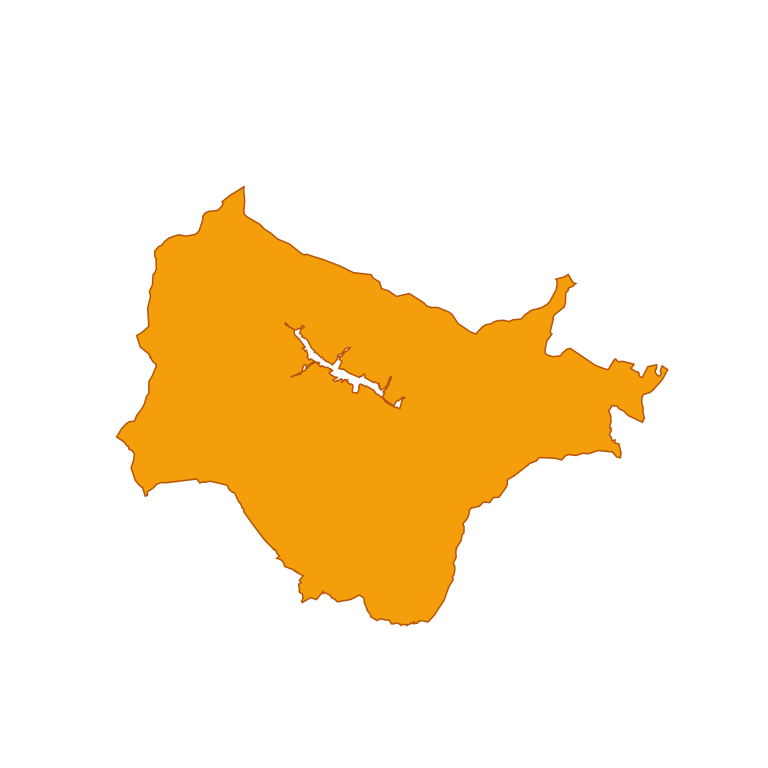 Sandominic, Harghita, Romania, rotated 337°
{"feature_id": "2599482B98867301333239", "entity_name": "Sandominic", "entity_type": "district", "adm_level": 2, "iso_a3": "ROU", "parent_name": "Romania", "parent_adm1": "Harghita", "projection": "robinson", "projection_center": [25.816, 46.646], "detail": "fine", "context": "isolated", "style": "filled", "palette": "amber", "viewbox_px": 768, "rotation_deg": 337, "n_neighbors": 0, "source": "geoboundaries", "source_scale": "gbopen_adm2", "svg_char_len": 6172}
<svg xmlns="http://www.w3.org/2000/svg" viewBox="0 0 768 768"><g transform="rotate(337 384 384)"><path d="M641.6,488.9L650.8,481.7L647.0,476.0L643.4,480.1L643.8,481.4L643.2,482.8L641.0,484.4L639.2,483.4L638.2,479.8L639.5,476.6L640.4,476.9L642.6,473.0L641.9,472.7L633.7,471.1L624.6,478.7L622.8,478.1L622.4,476.6L622.9,472.5L620.7,471.1L617.4,466.1L621.8,463.7L621.5,463.1L612.2,456.2L608.2,455.0L606.9,451.4L604.9,451.9L596.2,458.3L593.9,457.1L585.7,449.2L569.4,424.0L566.0,423.4L560.1,425.3L557.6,427.1L550.3,424.9L546.3,421.8L544.5,419.2L545.3,415.9L550.7,408.0L558.1,403.7L557.1,401.2L565.3,390.3L565.2,389.1L567.9,386.9L580.0,383.5L583.0,379.6L586.8,371.4L590.6,369.5L590.8,367.9L596.5,367.7L599.8,366.4L597.7,364.7L596.3,355.1L591.6,355.8L583.1,354.7L583.6,356.1L583.1,358.3L579.5,364.3L568.8,373.0L565.0,374.5L558.3,375.3L548.6,373.7L541.3,375.3L535.6,377.8L527.8,375.3L523.6,375.4L518.8,372.0L515.0,370.6L510.1,369.7L505.9,370.4L500.7,369.2L496.2,370.1L488.1,373.9L483.8,369.7L475.7,357.2L473.9,346.8L472.0,343.2L463.2,334.4L457.6,332.1L454.9,329.9L453.6,328.4L452.4,324.9L442.6,310.6L429.7,308.3L424.6,300.0L419.0,295.3L419.8,288.4L415.5,282.6L414.9,278.3L399.4,269.6L389.5,258.1L376.8,245.9L362.9,234.0L361.6,234.2L359.4,232.5L351.4,217.8L342.8,209.2L338.8,201.0L334.7,195.1L331.9,188.2L323.3,176.8L322.0,173.7L321.9,171.5L327.5,160.6L330.3,151.3L332.2,147.7L316.1,150.2L306.3,152.9L306.5,154.1L305.2,156.5L299.8,158.8L297.6,159.1L290.8,156.7L286.2,156.8L282.6,158.9L281.9,161.3L273.7,170.8L270.6,172.1L268.3,172.5L259.3,170.5L254.2,166.9L251.0,166.1L243.1,165.6L237.5,167.2L234.1,169.3L230.2,169.4L224.7,172.3L222.9,177.1L223.1,179.7L219.3,189.2L216.2,192.3L214.3,193.0L209.4,202.5L204.2,207.1L203.4,212.0L196.2,221.7L190.0,239.1L180.0,242.3L175.2,242.7L174.1,254.7L179.4,264.7L179.0,268.5L179.9,268.5L179.5,270.0L180.2,273.5L181.6,276.2L181.5,278.5L173.7,286.1L168.6,289.8L163.6,301.2L160.6,302.5L156.1,308.3L152.2,311.6L143.8,316.5L139.9,320.7L134.8,319.2L131.9,319.7L125.3,322.4L117.2,328.3L122.1,335.8L123.3,340.6L124.3,341.5L123.7,344.1L126.0,346.8L127.0,350.7L123.9,356.1L118.5,362.3L117.4,375.6L119.1,381.1L120.6,384.3L121.3,384.5L120.4,394.0L122.8,394.0L124.1,390.7L130.9,389.6L135.8,387.5L140.1,387.6L145.0,389.8L174.5,398.3L175.9,403.2L179.4,403.3L180.2,404.3L186.3,405.7L200.1,415.9L200.2,420.6L202.1,424.2L204.0,426.0L204.2,435.4L205.2,438.3L205.1,443.2L205.9,443.7L206.0,445.2L205.0,446.7L208.6,462.9L213.1,480.9L217.3,491.5L218.3,492.3L217.6,492.8L217.9,493.8L219.4,494.6L219.2,497.8L220.5,501.4L217.2,502.6L219.6,504.5L221.6,507.8L221.3,513.2L229.0,520.5L228.4,521.2L230.5,522.8L230.0,523.3L234.6,528.9L229.3,531.8L230.2,534.3L227.6,534.8L226.8,536.0L226.0,540.0L224.6,542.2L226.8,545.6L226.7,546.7L224.9,550.5L223.3,551.8L223.3,553.2L233.1,552.0L237.6,556.1L246.6,551.2L246.2,553.1L247.6,552.6L251.6,557.0L252.4,560.7L254.0,561.9L256.1,566.4L269.3,569.4L278.9,568.6L281.9,573.5L280.3,577.9L280.6,584.0L280.0,585.3L281.3,590.5L281.0,593.3L285.1,598.9L289.4,598.9L293.6,602.1L295.2,602.4L296.9,604.5L297.0,607.6L299.4,608.7L302.2,608.7L304.4,610.8L305.3,612.9L307.0,612.0L307.6,613.1L310.9,614.3L310.6,615.2L318.6,614.8L317.4,616.1L321.5,617.3L322.8,615.8L324.5,616.6L325.8,616.2L331.6,620.3L340.4,616.2L354.9,606.4L364.7,595.8L371.1,591.3L371.5,588.7L374.0,586.6L376.6,582.7L377.8,579.8L377.8,575.9L382.7,571.8L384.7,566.1L386.8,563.2L393.9,558.1L396.9,553.4L399.6,551.9L402.0,546.4L402.1,543.5L407.4,540.8L411.1,537.5L413.1,533.8L415.7,532.3L424.0,533.8L429.3,531.5L434.8,534.4L440.3,531.3L445.5,533.2L456.0,526.9L458.5,524.3L459.6,521.2L461.1,520.2L468.4,519.3L487.4,514.1L494.2,514.3L498.0,512.3L512.3,519.1L517.9,523.3L523.4,520.9L526.6,521.2L532.9,524.9L539.6,525.4L545.3,528.2L555.0,528.8L567.7,535.8L569.7,542.1L572.8,544.3L575.2,540.2L576.8,531.1L573.2,528.0L574.9,525.9L571.7,525.4L572.4,522.2L571.4,518.9L575.1,515.6L574.8,514.5L575.9,513.4L574.8,512.7L575.3,511.2L578.6,506.9L579.3,503.5L580.2,502.5L580.5,496.2L583.9,494.4L585.0,492.8L589.7,495.3L591.0,499.1L594.2,502.7L596.5,508.5L607.0,520.3L610.3,517.1L611.4,511.1L613.2,507.1L613.9,502.2L615.7,498.0L618.2,495.0L625.3,495.7L629.3,494.7L641.6,488.9ZM317.5,289.4L319.1,294.3L322.2,298.1L322.8,299.4L328.9,300.2L331.6,298.2L332.6,299.3L332.8,300.4L328.9,301.2L326.3,304.4L327.8,307.4L326.9,308.6L330.7,313.0L331.2,322.4L333.3,327.0L332.4,327.6L334.2,329.5L336.5,335.2L337.8,335.3L337.8,337.2L339.8,340.7L342.7,343.6L344.0,346.3L350.0,343.4L352.0,341.2L353.3,341.1L352.1,340.2L353.0,339.3L356.9,339.6L362.7,336.3L367.1,337.2L365.2,338.5L359.6,339.5L357.0,341.8L356.2,341.4L353.1,342.7L352.5,344.0L354.2,346.6L348.5,352.0L351.3,354.4L352.4,354.0L355.9,360.2L364.1,368.4L365.4,367.5L366.5,368.3L369.7,367.1L370.1,369.0L368.8,370.5L375.2,378.8L376.4,378.8L379.7,382.0L378.4,382.7L379.5,384.6L378.0,385.1L378.9,388.4L384.3,387.7L386.9,386.0L392.3,380.1L393.7,380.3L391.0,383.4L390.5,383.1L388.3,386.4L384.2,389.3L380.5,390.5L380.9,391.2L380.0,391.7L381.0,392.8L377.7,395.0L377.7,396.3L380.3,401.8L384.4,407.9L389.5,404.2L390.8,405.1L396.2,403.5L397.8,404.6L397.3,405.1L396.4,404.4L394.7,405.5L388.8,412.9L386.2,410.0L385.3,410.3L378.5,401.3L377.0,395.2L375.9,395.1L375.0,392.2L372.9,389.8L372.3,386.1L366.9,378.9L366.2,379.3L362.8,375.2L361.4,374.9L359.4,377.2L359.8,377.9L356.2,382.0L352.0,379.6L351.9,378.3L354.7,373.6L354.7,372.3L353.1,370.6L352.4,370.9L351.2,368.4L351.8,367.9L350.5,366.7L352.0,366.0L349.3,364.6L345.4,366.3L347.1,364.3L347.2,362.9L345.2,362.4L343.5,363.5L342.5,362.3L340.7,362.9L339.4,362.3L338.8,360.5L344.2,359.6L342.7,359.4L340.9,357.8L337.8,352.9L338.2,352.0L341.9,351.7L340.8,349.3L340.0,349.7L338.8,346.7L336.9,346.2L333.8,342.8L332.5,343.3L331.0,340.2L332.8,339.6L332.1,338.3L330.8,338.7L330.2,337.2L323.3,337.7L319.5,339.5L318.2,339.2L317.1,340.6L314.1,340.6L310.5,342.4L305.5,341.2L301.0,341.5L303.9,340.7L304.1,341.3L312.8,340.8L317.3,335.5L319.7,335.7L318.8,338.8L323.2,336.8L328.9,335.9L326.4,332.4L324.7,332.7L324.4,332.0L323.8,329.0L325.2,328.1L325.8,322.6L324.0,322.7L323.8,319.9L323.1,319.3L325.8,319.3L323.3,309.1L321.2,304.6L321.1,302.7L322.4,298.8L316.7,291.3L316.4,289.6L317.5,289.4Z" fill="#f59e0b" stroke="#b45309" stroke-width="1.5"/></g></svg>